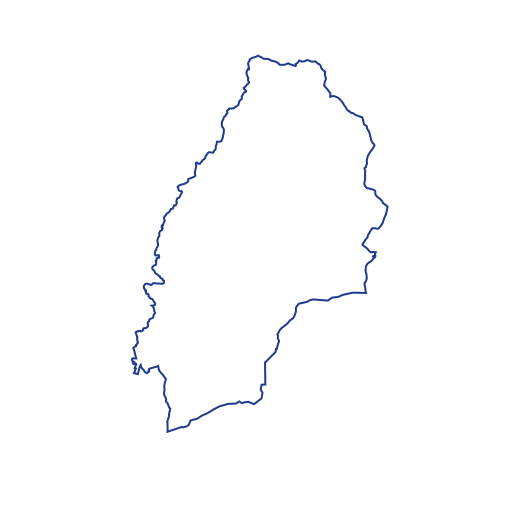 outline of Piatra Soimului, Neamt, Romania, rotated 123°
{"feature_id": "2599482B93411472256847", "entity_name": "Piatra Soimului", "entity_type": "district", "adm_level": 2, "iso_a3": "ROU", "parent_name": "Romania", "parent_adm1": "Neamt", "projection": "mercator", "projection_center": [26.345, 46.823], "detail": "fine", "context": "isolated", "style": "outline", "palette": "blue", "viewbox_px": 512, "rotation_deg": 123, "n_neighbors": 0, "source": "geoboundaries", "source_scale": "gbopen_adm2", "svg_char_len": 6085}
<svg xmlns="http://www.w3.org/2000/svg" viewBox="0 0 512 512"><g transform="rotate(123 256 256)"><path d="M413.7,283.8L411.2,282.7L410.5,283.2L410.7,283.6L408.8,284.2L401.9,278.3L401.6,278.2L404.7,275.0L406.0,271.4L406.1,270.2L408.3,264.5L413.2,263.0L414.9,262.2L417.9,259.9L421.2,258.4L422.9,256.9L424.4,253.8L427.1,252.3L427.4,250.7L427.7,249.9L430.4,246.2L430.7,244.7L434.9,243.3L438.2,241.6L443.4,240.1L444.0,239.5L449.8,235.5L451.6,234.5L439.7,225.1L439.5,223.9L436.9,221.5L434.1,220.4L429.6,221.3L424.2,216.5L419.6,214.6L413.9,210.9L407.0,207.6L401.8,204.6L395.1,198.7L390.5,192.3L387.1,190.8L387.0,187.5L384.8,185.8L382.5,183.1L381.3,176.9L372.4,173.8L367.1,176.1L365.4,179.4L360.9,181.2L358.7,178.2L340.4,190.4L325.9,187.3L323.2,188.6L322.6,187.9L317.3,189.8L315.0,190.1L313.1,192.9L311.0,194.0L310.2,195.2L304.8,195.7L302.6,195.3L295.6,192.9L291.3,192.4L288.1,191.0L285.7,191.1L281.2,192.1L277.5,194.4L275.4,194.4L272.5,194.0L266.7,188.2L263.3,186.5L261.1,184.1L254.3,171.5L249.6,169.6L245.1,164.4L241.6,162.3L233.9,154.7L227.1,143.6L226.4,144.5L222.6,147.5L221.2,149.2L219.4,150.3L217.2,150.0L214.3,151.0L211.4,153.2L208.6,156.3L207.4,156.7L206.1,157.6L204.4,158.2L201.8,158.3L199.3,157.5L198.1,156.7L196.4,156.3L195.0,156.3L192.4,155.6L192.0,156.1L192.7,157.6L192.2,157.7L191.1,156.8L190.7,156.1L189.4,157.4L187.6,157.5L188.1,158.9L190.5,161.9L189.8,165.2L189.2,166.5L188.8,172.5L188.5,172.9L183.0,173.1L180.0,172.6L177.0,173.5L169.8,173.7L169.2,173.4L168.4,172.3L166.8,168.6L164.8,167.9L160.7,167.7L158.9,167.9L152.4,169.5L150.5,169.6L143.7,172.2L142.8,172.8L142.8,174.1L142.5,175.8L142.5,178.3L141.5,179.7L140.9,181.6L140.5,183.9L140.4,186.5L140.0,187.4L139.8,188.7L138.8,189.9L136.9,191.0L136.4,191.8L136.5,193.6L137.6,197.5L138.6,199.8L138.0,202.5L136.5,204.5L135.1,205.2L132.3,206.2L129.3,208.3L128.4,208.6L127.1,209.8L125.5,210.4L123.3,212.9L121.4,212.2L120.3,212.9L118.2,213.1L116.2,214.7L114.3,215.7L111.0,216.7L107.6,216.9L101.1,216.6L99.0,216.8L98.2,217.5L97.8,218.4L97.6,220.0L96.0,222.7L91.5,227.2L89.8,229.6L88.8,232.0L86.9,233.8L86.7,234.3L86.9,236.1L86.6,237.2L82.4,241.6L81.8,242.8L82.7,245.3L82.9,246.9L83.6,249.4L83.4,252.5L84.2,254.5L83.8,256.0L83.9,258.4L83.3,260.3L82.3,261.9L81.6,264.1L80.7,265.6L79.9,267.6L79.0,270.7L78.6,272.9L78.7,274.4L79.2,277.0L79.9,278.5L82.0,280.5L80.3,281.3L78.9,282.7L77.4,286.7L75.9,291.8L71.9,293.3L69.4,293.8L68.7,294.3L67.9,295.5L65.1,298.0L63.7,298.3L63.6,301.6L62.6,304.0L61.2,305.5L61.0,306.1L60.7,307.4L61.0,308.2L60.4,312.1L62.4,314.7L62.8,315.6L63.2,318.1L63.8,319.8L66.4,321.5L67.9,323.2L68.2,325.4L68.6,326.3L70.8,326.1L73.5,327.3L74.4,326.2L75.2,326.4L76.5,331.3L76.9,333.9L80.2,336.3L82.7,340.3L82.6,341.2L82.1,342.2L82.4,345.8L83.8,349.4L83.9,352.4L86.1,356.5L86.5,357.8L86.4,360.3L86.7,361.3L86.8,363.4L88.8,364.4L91.7,366.9L94.4,368.4L95.8,367.8L97.9,367.8L98.8,367.5L103.0,363.6L103.3,363.6L103.5,364.5L104.6,364.3L105.5,364.6L108.4,363.3L108.9,362.3L110.4,360.5L110.7,359.6L112.7,358.6L113.7,357.5L113.7,356.7L114.3,356.4L115.5,356.4L117.6,357.0L119.1,357.0L121.9,357.8L122.2,357.4L122.9,354.2L123.4,353.9L124.2,354.1L125.3,355.0L129.9,354.9L131.8,353.6L132.5,353.5L133.5,354.0L135.9,354.3L137.7,353.4L139.4,353.1L142.5,354.6L144.2,355.1L147.1,358.8L147.5,358.5L147.9,358.6L148.7,359.2L150.3,359.2L151.3,358.0L151.9,357.8L153.9,358.2L154.5,357.9L155.5,358.0L157.4,358.6L158.6,358.0L162.1,357.6L164.8,356.1L165.9,354.9L166.4,354.0L166.3,353.6L166.6,353.0L167.9,351.3L168.6,351.2L170.9,349.8L173.2,349.2L174.3,348.5L178.2,347.7L179.5,348.2L181.4,351.0L183.8,349.9L185.9,349.6L187.0,348.7L188.9,348.0L190.5,348.4L192.7,348.2L194.6,352.0L196.3,352.6L198.7,352.4L200.0,352.7L201.4,352.0L202.2,352.0L204.6,352.8L207.8,353.3L209.1,353.2L209.8,354.1L210.0,354.9L209.7,356.5L210.6,357.0L211.8,356.6L213.1,355.1L219.5,352.7L221.7,350.6L223.1,351.0L224.4,351.8L228.4,354.7L230.2,353.7L231.4,353.7L234.3,355.2L237.9,358.5L240.6,359.5L241.4,358.2L243.0,356.6L242.8,354.9L242.3,353.9L242.6,352.8L248.8,352.2L250.5,353.3L251.1,353.4L254.0,352.3L254.3,351.5L254.8,351.2L257.2,351.0L257.6,351.2L258.2,352.3L261.3,351.7L261.8,351.8L263.1,353.0L263.6,353.1L264.5,352.6L266.8,352.9L269.6,354.1L271.1,353.7L272.7,354.3L274.3,353.9L275.6,352.3L276.9,351.5L277.8,351.7L280.6,350.8L281.2,351.5L281.6,351.5L282.1,350.9L282.5,351.1L283.2,351.0L283.5,350.5L283.2,349.7L283.6,349.4L285.7,349.0L287.2,350.0L289.7,349.6L291.5,348.1L294.1,348.0L296.7,347.2L300.3,343.9L303.9,343.6L305.2,343.0L306.7,343.2L309.0,342.3L310.3,340.8L309.4,339.2L308.3,338.2L308.3,337.9L308.6,337.8L309.2,336.9L310.5,336.5L311.2,337.6L312.3,338.0L313.7,337.1L314.2,337.0L314.8,337.4L316.4,335.7L317.7,335.2L318.4,335.3L319.3,336.3L320.9,336.9L322.0,336.9L323.3,335.8L324.1,332.8L325.2,331.2L325.2,329.1L325.6,326.2L325.5,325.4L326.0,324.9L326.4,323.8L326.1,322.1L327.0,321.1L326.8,319.8L328.8,318.6L330.2,319.3L333.3,324.7L334.3,326.8L335.3,327.7L337.0,327.8L337.6,328.2L337.8,330.1L338.9,333.0L340.2,333.7L341.8,333.8L342.5,333.6L344.1,332.3L344.2,331.5L345.3,330.2L344.9,329.4L346.5,328.6L347.2,327.4L347.3,327.1L346.7,326.4L346.8,325.3L347.1,324.8L347.9,324.4L348.5,323.8L348.6,322.5L349.1,322.0L348.9,320.4L348.6,319.9L348.7,319.2L349.3,317.8L349.9,317.0L350.6,314.7L352.0,314.1L352.9,314.6L354.4,316.4L354.6,314.9L355.1,313.9L356.5,312.0L357.5,311.5L358.7,309.6L361.3,309.7L363.2,308.9L364.2,308.9L366.7,310.6L367.5,310.8L368.2,310.3L369.6,310.2L370.3,310.6L371.5,310.2L372.5,309.0L374.6,308.3L376.6,309.2L377.5,310.7L378.7,310.9L379.6,310.3L381.1,310.7L381.8,311.4L382.0,312.7L382.8,313.5L383.5,313.8L383.7,314.5L385.6,315.4L388.3,311.9L388.7,311.7L388.8,311.3L390.6,310.3L392.7,308.2L393.1,308.3L393.7,307.6L395.8,308.2L396.8,307.5L397.3,308.0L399.9,308.8L402.5,305.6L404.6,303.6L407.1,300.6L409.2,303.9L410.0,303.9L411.7,302.2L411.2,301.3L411.5,300.9L411.4,299.9L411.8,299.7L413.0,300.5L413.4,299.9L412.2,298.9L411.7,298.0L411.8,297.5L416.2,296.7L415.8,295.4L420.7,294.6L419.5,290.8L411.8,293.3L410.2,293.3L411.5,292.1L412.2,290.7L412.8,288.1L413.6,286.6L413.9,285.3L413.6,284.5L413.7,283.8Z" fill="none" stroke="#1e3a8a" stroke-width="2"/></g></svg>